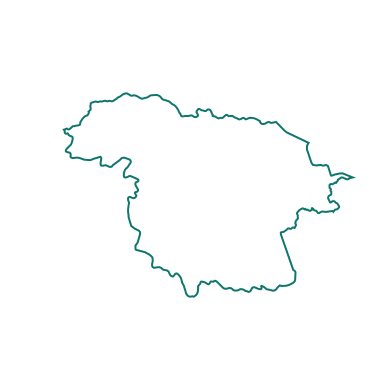 an SVG outline of Bolívar, rotated 23°
{"feature_id": "VEN-39", "entity_name": "Bolívar", "entity_type": "State", "adm_level": 1, "iso_a3": "VEN", "parent_name": "Venezuela", "parent_adm1": "", "projection": "mercator", "projection_center": [-63.762, 6.004], "detail": "fine", "context": "isolated", "style": "outline", "palette": "teal", "viewbox_px": 384, "rotation_deg": 23, "n_neighbors": 0, "source": "natural_earth", "source_scale": "10m", "svg_char_len": 6064}
<svg xmlns="http://www.w3.org/2000/svg" viewBox="0 0 384 384"><g transform="rotate(23 192 192)"><path d="M334.3,115.8L331.3,118.0L331.0,119.0L330.0,119.7L328.3,119.9L324.9,119.8L324.1,120.1L323.5,120.6L322.7,122.1L321.6,123.5L321.7,125.1L321.1,126.2L321.2,126.7L321.1,127.3L320.7,127.5L320.1,127.4L319.9,127.6L318.3,130.0L316.5,130.5L315.9,131.6L316.2,132.8L317.1,134.5L318.2,134.8L318.7,135.2L318.9,135.4L318.9,136.3L319.0,136.7L320.0,137.2L321.0,139.4L321.0,140.3L319.9,141.5L319.4,142.6L319.4,143.7L320.0,144.9L323.2,147.6L323.7,147.5L324.6,146.0L325.2,145.4L326.1,145.0L327.1,145.0L328.4,145.7L330.1,145.7L333.0,147.7L333.3,148.4L333.3,149.0L332.8,150.4L332.5,151.0L330.6,152.4L330.3,153.0L329.9,155.0L329.3,154.6L328.2,154.9L323.1,158.0L319.6,159.0L318.9,159.6L317.1,161.8L316.3,162.1L315.7,161.9L314.3,161.0L313.5,160.8L311.7,161.1L311.2,160.9L310.3,160.2L308.9,159.9L308.7,160.1L308.8,160.5L309.2,161.1L309.3,161.8L307.9,163.3L307.1,163.4L305.3,163.1L304.5,163.7L302.9,163.3L302.5,164.0L300.9,163.7L300.1,163.9L298.5,165.8L297.8,167.2L297.2,168.7L296.9,170.0L297.0,170.9L298.5,172.1L299.2,173.9L299.8,174.8L299.8,175.5L299.2,176.8L298.9,178.8L299.5,180.7L300.2,181.1L300.7,181.9L300.5,185.0L298.9,185.1L298.4,185.6L297.6,187.1L297.1,187.4L295.1,187.8L294.6,188.1L293.8,190.0L291.9,192.9L290.0,194.1L289.6,194.6L290.3,196.2L315.6,224.1L316.7,224.3L317.8,224.7L318.6,225.4L321.2,232.3L321.4,234.2L320.6,236.1L317.9,239.4L316.4,240.7L314.6,241.9L310.8,243.6L309.4,243.7L309.1,244.1L308.0,246.6L307.4,249.1L306.2,250.6L304.8,251.3L301.5,251.7L298.6,252.4L295.9,251.4L293.5,251.1L292.8,251.2L292.5,251.7L293.6,253.2L293.7,254.1L293.1,254.7L292.1,255.0L290.2,255.3L287.1,255.2L285.4,255.9L284.8,257.0L284.6,260.0L284.4,260.5L283.8,261.4L282.8,262.0L281.6,261.8L279.9,262.3L278.3,261.8L276.1,261.9L274.4,262.6L272.4,264.8L271.0,265.6L269.3,266.1L268.4,266.1L266.1,265.3L264.3,265.5L261.3,267.7L259.6,268.3L258.1,268.1L250.5,265.0L248.8,264.6L247.4,264.9L247.1,265.8L246.6,266.3L244.5,266.9L244.1,267.3L244.0,268.8L243.5,270.4L242.4,270.6L239.2,270.1L236.2,270.5L235.4,271.0L235.2,271.6L235.4,273.3L234.5,275.9L234.6,276.9L235.2,277.9L235.4,278.9L236.0,280.4L236.4,282.1L236.4,283.7L236.0,285.3L234.6,287.6L234.2,287.8L233.2,287.8L231.2,289.1L230.5,289.3L228.9,289.2L228.1,288.9L226.2,287.8L225.1,286.2L220.9,281.3L218.5,279.5L216.2,276.4L214.8,275.0L212.2,273.5L210.6,273.0L209.3,273.1L208.4,274.3L208.1,275.8L207.6,277.1L205.9,277.6L204.2,276.8L201.5,274.4L199.5,274.0L196.6,274.6L195.6,274.7L193.2,273.9L191.5,273.9L189.8,274.7L186.7,276.6L185.1,276.5L184.0,275.4L183.4,273.7L182.8,270.9L181.6,268.3L180.7,267.5L179.7,267.0L177.0,266.2L172.1,265.8L163.2,267.1L162.5,266.8L160.9,263.6L161.6,260.4L161.7,258.8L161.4,257.4L160.8,252.2L160.4,250.4L160.1,249.7L159.6,249.1L158.7,248.5L157.3,248.3L153.7,248.1L149.3,247.0L143.6,240.1L142.4,237.7L141.1,235.6L139.7,232.2L138.2,226.4L136.5,224.6L135.8,223.2L135.5,222.3L136.1,221.2L137.0,220.7L139.6,220.8L140.7,220.5L141.7,219.6L142.3,218.0L142.2,217.1L140.0,215.4L139.7,214.9L139.9,214.3L141.2,213.4L141.7,212.2L141.6,211.3L141.3,210.8L137.4,207.8L136.9,207.1L136.5,205.9L136.5,205.2L138.0,203.6L138.2,202.6L138.1,202.0L137.6,201.6L136.4,201.4L129.6,201.3L128.2,201.7L127.0,203.1L125.6,204.4L125.1,204.7L123.9,204.8L123.2,204.2L122.9,203.7L121.8,200.8L121.7,198.2L122.1,196.1L122.9,194.7L124.0,189.2L123.9,188.2L123.6,187.6L122.7,186.8L121.9,186.5L116.8,186.8L116.0,187.0L114.2,188.0L113.0,190.9L108.7,198.2L108.2,200.0L107.6,200.5L106.3,201.1L102.5,201.0L101.9,201.2L99.6,202.7L98.4,203.1L97.7,203.0L97.4,202.7L96.5,201.1L95.5,196.8L94.8,195.8L94.4,195.5L93.9,195.4L88.9,199.5L86.2,202.2L85.5,202.6L79.9,204.4L75.0,204.6L72.4,205.4L68.9,207.4L67.8,207.5L66.9,207.4L66.4,207.0L65.6,204.6L64.8,203.8L64.1,203.6L63.2,203.7L61.0,204.1L60.1,203.9L59.7,203.4L59.6,202.5L59.8,201.1L61.9,196.0L62.1,195.0L61.9,192.0L61.3,189.4L60.8,188.4L60.1,187.9L57.6,188.0L56.4,187.8L55.2,186.8L54.7,186.6L53.5,187.5L52.6,187.6L51.8,187.2L51.0,185.6L49.7,184.7L50.6,184.0L51.5,182.8L52.0,182.6L53.7,182.7L54.5,182.3L55.0,181.5L56.6,178.0L58.1,177.3L59.3,176.2L61.1,175.3L62.3,174.1L62.6,173.5L61.9,171.3L62.7,167.0L63.7,164.5L64.4,163.6L65.8,162.3L66.1,161.2L66.1,159.7L65.9,158.9L65.4,158.5L66.4,156.0L66.3,155.1L65.2,153.4L64.6,151.6L64.2,149.9L64.9,148.8L68.0,146.3L69.7,146.1L70.5,145.8L72.0,144.5L73.8,143.9L75.9,142.2L76.8,141.9L78.8,141.6L80.0,140.5L80.7,140.2L82.3,140.0L83.1,139.7L83.8,139.0L86.2,135.5L86.8,134.0L88.3,132.5L90.5,128.7L92.7,127.0L93.8,126.7L94.8,126.7L98.0,127.2L98.8,127.0L100.4,125.9L102.2,125.3L104.1,125.3L108.0,125.8L109.0,125.8L109.8,125.5L114.0,122.3L115.8,119.7L116.5,119.0L121.3,116.6L123.3,116.2L125.5,116.6L128.2,118.0L129.3,118.2L134.8,117.6L136.0,117.7L139.3,118.8L141.7,119.0L142.9,119.3L145.1,120.4L147.1,121.8L149.5,124.0L150.6,124.5L152.0,126.0L152.6,126.2L153.4,126.2L154.1,126.0L156.4,124.5L158.7,123.6L161.3,121.8L162.0,121.6L164.7,122.0L165.8,121.7L166.9,121.0L167.6,120.0L167.5,118.9L166.7,118.1L164.9,116.8L164.7,115.6L165.3,113.3L165.8,112.8L166.5,112.7L168.7,113.0L172.6,112.3L173.1,112.0L173.4,111.5L174.2,110.0L175.3,109.4L176.6,109.4L177.4,109.8L179.9,112.2L180.9,112.8L181.1,113.7L181.6,114.0L182.3,113.9L183.9,113.4L186.4,113.9L187.7,113.9L188.4,113.4L189.2,112.6L191.1,111.9L191.4,111.5L192.9,108.2L193.3,107.7L194.0,107.4L196.0,107.8L197.3,107.3L199.1,106.3L199.7,106.2L201.9,106.7L204.4,106.6L206.7,106.8L207.4,106.6L208.4,105.8L209.7,104.1L210.3,103.8L211.0,103.6L213.0,104.1L213.8,103.6L215.4,101.8L216.2,101.2L217.2,100.7L219.2,100.1L221.1,99.8L223.1,99.8L227.0,100.3L227.6,101.3L228.6,101.8L229.8,102.0L230.9,101.7L232.6,100.5L233.7,98.9L235.2,97.6L235.7,97.4L237.2,97.6L238.1,97.4L242.0,94.7L253.3,99.4L255.9,100.1L280.1,101.2L279.8,104.3L280.0,105.2L281.2,107.9L289.7,117.5L291.2,118.9L292.7,119.8L295.7,119.1L297.0,118.5L298.1,117.7L298.9,117.5L300.1,116.7L301.7,116.7L302.7,116.4L304.5,114.9L306.4,114.8L307.0,115.0L313.3,122.3L313.8,122.6L314.5,122.2L316.9,119.9L321.1,117.0L322.3,116.6L323.3,116.0L334.3,115.8Z" fill="none" stroke="#0f766e" stroke-width="2"/></g></svg>